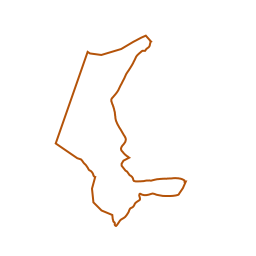 outline of Boguis/Desa Blond, Dauphin, Saint Lucia, rotated 47°
{"feature_id": "8701671B42677537488502", "entity_name": "Boguis/Desa Blond", "entity_type": "district", "adm_level": 2, "iso_a3": "LCA", "parent_name": "Saint Lucia", "parent_adm1": "Dauphin", "projection": "robinson", "projection_center": [-60.924, 14.012], "detail": "fine", "context": "isolated", "style": "outline", "palette": "amber", "viewbox_px": 256, "rotation_deg": 47, "n_neighbors": 0, "source": "geoboundaries", "source_scale": "gbopen_adm2", "svg_char_len": 5531}
<svg xmlns="http://www.w3.org/2000/svg" viewBox="0 0 256 256"><g transform="rotate(47 128 128)"><path d="M80.3,52.2L72.6,52.0L71.0,56.6L68.6,65.4L65.6,79.1L56.4,97.7L47.5,105.0L44.8,105.6L90.0,191.4L115.5,185.7L118.9,183.8L119.1,183.8L119.6,183.8L119.8,183.8L120.4,183.8L120.9,183.9L121.1,183.9L121.5,183.9L121.9,184.0L122.3,184.1L122.7,184.1L123.3,184.2L124.5,184.2L124.8,184.2L125.2,184.1L125.8,184.1L126.5,184.1L127.1,184.2L127.9,184.3L128.1,184.3L128.5,184.4L129.1,184.5L129.4,184.5L130.1,184.7L130.5,184.8L130.9,184.9L131.3,185.0L131.6,185.1L131.8,185.1L132.0,185.1L132.4,185.1L132.5,185.1L132.9,185.0L133.2,184.8L133.8,184.6L134.3,184.5L134.7,184.5L134.9,184.5L135.1,184.5L135.4,184.5L135.9,184.5L136.0,184.5L136.5,184.6L137.4,184.8L137.8,185.0L138.0,185.0L138.5,185.3L138.8,185.4L139.1,185.6L139.3,185.7L139.5,185.7L139.8,185.8L140.1,185.8L140.3,185.8L140.5,185.7L141.0,185.7L141.4,185.6L141.5,185.5L145.7,192.3L147.8,195.7L158.8,204.0L170.3,203.6L180.9,198.8L184.1,201.2L184.5,201.4L185.2,201.7L185.3,201.8L185.8,202.1L186.1,202.3L186.3,202.4L186.6,202.4L186.8,202.5L187.0,202.5L187.2,202.4L187.6,202.3L187.8,202.3L188.1,202.4L188.3,202.4L188.4,202.5L188.6,202.6L188.9,202.8L189.0,202.9L189.1,203.1L189.4,203.3L189.5,203.5L189.8,203.7L190.0,203.8L190.4,203.8L191.0,203.8L191.3,203.7L191.5,203.5L191.4,202.0L190.7,198.9L190.3,197.3L190.2,195.7L190.5,194.3L190.9,192.5L191.1,190.8L190.8,188.5L190.2,186.0L189.8,184.7L189.0,183.2L188.5,181.9L188.4,180.9L188.6,180.3L188.8,179.6L189.0,178.9L189.1,177.8L188.8,176.4L188.2,175.0L187.9,173.8L188.0,172.1L188.2,170.9L188.4,169.8L188.6,168.7L188.4,168.0L187.7,167.3L187.1,166.9L186.1,166.4L185.5,166.1L185.0,165.8L184.8,165.6L184.6,165.2L184.2,164.7L184.2,164.3L184.3,164.0L185.1,163.6L186.3,163.2L188.1,162.0L189.5,160.5L190.9,158.3L191.9,156.2L192.7,154.7L194.3,153.6L196.2,152.7L198.7,150.9L200.0,149.9L201.5,148.8L204.1,146.1L206.2,143.9L208.2,141.5L209.9,139.1L211.0,137.1L211.2,136.1L211.0,135.8L209.4,128.8L206.6,122.3L205.9,123.3L204.9,122.5L204.3,122.6L202.4,123.3L202.1,123.5L201.5,123.8L200.8,124.2L199.7,125.1L199.1,125.5L198.4,126.2L196.9,127.6L195.9,128.8L195.3,129.5L195.0,130.0L194.7,130.4L193.6,131.7L193.1,132.2L192.7,132.7L191.9,133.6L191.4,134.4L190.4,135.4L190.0,135.8L189.9,136.0L188.8,137.2L188.7,137.4L187.6,138.7L187.0,139.5L186.9,139.6L186.4,140.3L186.2,140.6L185.4,141.5L184.4,143.2L184.2,143.5L183.6,144.6L182.9,145.8L182.5,146.6L182.4,146.8L182.1,147.2L181.4,147.8L181.2,147.9L179.6,149.7L179.2,150.1L179.0,150.4L178.6,151.0L178.1,151.8L177.5,152.8L177.0,153.4L176.5,154.0L175.7,155.0L173.6,157.4L173.4,157.6L172.8,158.3L171.9,159.1L171.2,159.5L170.7,159.8L169.7,159.6L168.5,158.9L168.0,158.7L166.6,158.4L164.6,158.6L163.7,159.0L159.2,158.4L157.5,158.9L155.0,158.7L151.3,158.4L149.8,157.1L148.8,153.6L150.5,147.4L149.5,147.6L148.9,147.6L148.3,147.8L148.1,147.9L147.9,147.9L147.6,148.0L146.6,148.1L145.9,148.2L145.7,148.2L145.2,148.3L144.6,148.3L143.9,148.3L143.7,148.3L143.4,148.3L143.2,148.3L142.8,148.3L142.5,148.2L142.3,148.2L142.0,148.2L140.8,148.2L140.6,148.2L140.4,148.2L140.1,148.1L139.9,148.1L139.7,148.0L139.3,147.9L139.2,147.8L139.0,147.7L138.9,147.6L138.5,147.3L138.3,147.2L138.2,147.0L138.1,146.9L137.9,146.6L137.7,146.2L137.5,145.7L137.4,145.5L137.4,145.4L137.2,144.9L137.2,144.7L137.1,144.3L137.0,143.7L137.0,143.2L136.9,142.6L136.9,142.4L136.9,142.2L136.7,141.3L136.7,141.1L136.6,140.8L136.4,140.0L136.4,139.8L136.2,139.3L136.1,139.1L135.9,138.8L135.8,138.7L135.6,138.4L135.5,138.2L135.3,137.9L134.7,137.2L134.3,137.0L134.1,136.9L133.3,136.5L133.1,136.5L133.0,136.4L132.6,136.3L132.4,136.3L132.3,136.2L132.1,136.2L131.9,136.2L131.7,136.1L131.4,136.0L130.7,135.9L130.3,135.9L129.6,135.7L129.2,135.6L128.4,135.4L128.0,135.3L127.6,135.3L127.4,135.2L127.1,135.1L126.9,135.1L126.6,135.0L126.2,134.9L125.7,134.8L125.2,134.7L124.8,134.6L124.5,134.5L124.3,134.5L123.4,134.3L122.7,134.2L122.3,134.1L121.5,134.0L120.9,133.8L120.5,133.7L120.1,133.6L119.7,133.5L119.3,133.4L118.9,133.3L118.7,133.3L118.3,133.2L118.1,133.1L117.8,133.0L117.2,132.8L116.8,132.7L116.4,132.5L116.1,132.4L115.9,132.3L115.5,132.2L114.9,132.0L114.7,131.9L114.4,131.7L114.1,131.6L113.9,131.5L113.6,131.3L113.4,131.2L112.9,130.9L112.4,130.6L111.7,130.1L111.4,129.8L111.3,129.7L111.1,129.6L110.9,129.4L110.6,129.2L110.4,129.1L109.9,128.8L109.8,128.7L109.5,128.4L109.4,128.3L109.0,128.1L108.7,127.9L108.4,127.6L108.1,127.4L107.9,127.2L107.7,127.1L107.5,126.9L107.3,126.8L107.1,126.7L106.9,126.6L106.6,126.4L106.1,126.2L104.5,125.2L104.1,125.0L103.4,124.7L103.2,124.6L102.9,124.4L102.5,124.2L102.3,124.2L101.7,123.9L101.3,123.7L101.1,123.6L100.7,123.4L100.3,123.3L100.1,123.3L99.7,123.1L98.4,122.5L98.0,122.3L97.8,122.2L97.6,122.1L97.4,122.0L97.2,122.0L97.0,121.9L96.8,121.7L96.7,121.6L96.4,121.3L96.2,121.2L95.9,120.9L95.8,120.7L95.7,120.5L95.6,120.3L95.4,119.9L95.4,119.7L95.3,119.3L95.3,119.0L95.2,118.8L95.2,118.6L95.2,118.4L95.2,118.1L95.1,117.2L95.0,116.4L94.8,114.5L94.5,112.5L94.1,110.6L93.6,108.9L93.0,107.5L92.4,105.9L91.8,104.4L91.2,102.5L90.4,100.4L89.7,98.4L89.1,96.7L88.7,95.8L87.6,93.2L87.4,92.7L87.2,92.1L86.8,90.4L86.6,89.7L86.4,88.6L86.2,87.7L86.0,87.0L85.7,85.8L85.5,85.0L85.1,83.7L85.0,83.2L84.9,82.8L84.3,80.9L83.9,79.7L83.5,78.8L82.7,76.5L82.4,75.8L82.0,74.8L81.4,73.3L81.2,72.1L81.1,71.3L81.1,70.2L81.1,68.6L81.2,67.4L81.2,66.3L81.3,65.4L81.4,64.8L83.2,62.9L83.1,62.2L82.8,61.2L82.8,60.7L82.8,59.7L83.0,58.3L83.0,57.4L82.8,56.5L82.4,55.7L81.9,55.1L81.0,53.7L80.6,52.9L80.4,52.4L80.2,52.4L80.3,52.2Z" fill="none" stroke="#b45309" stroke-width="2"/></g></svg>